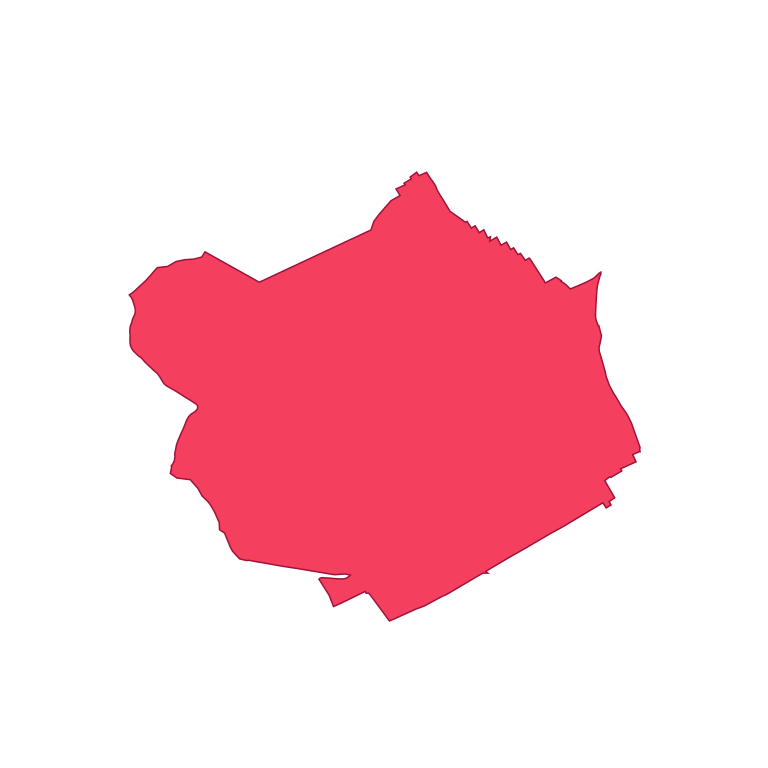 outline of Santo Tomás Hueyotlipan, Puebla, Mexico, rotated 41°
{"feature_id": "50627088B52842348137606", "entity_name": "Santo Tomás Hueyotlipan", "entity_type": "district", "adm_level": 2, "iso_a3": "MEX", "parent_name": "Mexico", "parent_adm1": "Puebla", "projection": "orthographic", "projection_center": [-97.866, 18.889], "detail": "fine", "context": "isolated", "style": "filled", "palette": "rose", "viewbox_px": 768, "rotation_deg": 41, "n_neighbors": 0, "source": "geoboundaries", "source_scale": "gbopen_adm2", "svg_char_len": 3506}
<svg xmlns="http://www.w3.org/2000/svg" viewBox="0 0 768 768"><g transform="rotate(41 384 384)"><path d="M474.2,157.3L473.7,159.1L472.9,166.5L470.2,173.6L466.4,181.7L462.2,190.1L461.2,190.0L456.6,189.7L452.9,189.9L450.2,190.5L450.1,189.7L443.7,190.5L439.5,201.7L438.9,201.9L437.2,201.1L411.6,193.6L410.7,194.0L409.6,198.0L401.3,195.9L400.1,198.5L392.5,196.2L391.4,199.4L383.4,196.5L382.6,198.7L381.3,202.5L372.7,199.2L371.4,203.2L370.1,206.8L369.8,206.4L369.7,206.2L367.8,203.0L366.4,205.7L358.4,202.2L358.1,202.1L356.6,207.3L349.0,204.8L347.6,209.0L340.0,206.8L339.3,208.5L338.8,208.5L338.2,208.6L321.1,210.3L320.8,210.4L315.8,208.8L308.7,206.5L300.8,204.1L296.7,202.7L292.9,200.6L288.8,199.4L283.1,198.1L281.1,197.5L277.3,196.3L273.8,203.8L269.7,202.8L268.0,210.7L270.0,211.2L267.4,219.3L269.3,219.8L265.1,228.9L272.5,231.2L269.0,241.1L269.0,259.7L269.7,268.1L273.1,276.3L258.0,310.3L223.1,389.0L162.2,401.7L163.2,407.7L158.6,414.4L152.0,421.0L146.7,428.0L143.5,437.3L136.6,444.8L136.4,448.7L136.5,453.8L136.4,461.9L135.5,469.8L134.9,475.7L134.4,479.8L133.3,483.9L136.6,484.5L139.5,485.7L142.4,487.6L145.2,489.3L147.5,491.0L148.7,492.4L150.1,494.6L150.9,497.5L151.8,500.2L153.2,503.0L154.4,506.4L156.0,509.0L157.9,511.4L160.2,513.6L163.4,517.5L165.6,519.8L167.3,521.2L169.5,522.4L172.4,523.4L176.7,523.7L179.8,523.9L183.7,523.5L188.6,524.2L194.0,524.5L201.0,524.8L206.3,524.8L209.6,525.6L213.7,526.9L217.5,528.1L220.9,528.1L224.9,527.3L231.0,526.1L242.4,524.4L249.7,523.2L255.5,522.4L257.6,522.7L259.4,524.7L259.6,527.0L259.4,529.1L258.7,531.4L258.1,533.5L258.0,536.8L258.7,540.6L260.1,544.5L262.1,550.3L263.3,554.6L265.4,561.1L267.1,565.7L268.9,568.8L269.1,569.2L270.4,571.3L271.2,573.0L272.6,574.8L274.1,576.1L275.1,578.0L276.1,579.5L277.0,582.7L277.2,585.5L278.4,586.3L281.4,591.7L289.5,590.8L293.3,588.2L299.3,584.2L300.4,583.3L312.2,584.9L320.0,587.8L329.1,588.4L333.0,589.3L338.3,591.1L342.6,592.9L347.3,595.2L350.3,596.5L355.5,601.9L361.5,601.1L375.3,608.1L379.5,609.6L387.6,610.5L389.8,610.7L395.9,607.5L397.8,605.6L405.2,601.3L412.2,597.0L419.9,592.4L428.5,587.2L439.0,580.5L471.8,560.4L479.3,552.9L481.5,551.6L484.0,550.3L483.9,550.8L483.6,552.5L483.4,554.0L482.8,555.6L481.3,557.6L477.5,560.9L473.9,563.6L469.6,566.7L466.0,569.6L464.3,570.8L463.3,572.2L463.0,572.9L463.0,574.0L481.1,579.4L491.9,585.1L495.9,576.4L505.6,553.5L505.9,552.9L507.0,553.3L507.3,553.5L507.5,553.5L508.0,553.4L508.3,553.1L508.6,552.8L509.6,552.1L510.3,552.0L511.3,552.1L518.7,553.7L530.8,556.4L543.6,559.3L549.3,547.0L553.3,538.3L555.8,532.8L557.6,529.6L560.0,525.2L560.2,524.7L560.5,524.0L567.0,506.6L568.5,503.5L569.4,501.5L571.6,495.0L580.6,467.9L581.7,464.9L582.6,462.0L585.4,459.5L586.4,458.6L585.4,458.7L583.7,458.6L584.2,457.1L588.9,442.8L593.7,428.6L597.7,417.4L600.7,408.5L603.9,399.0L607.6,388.0L611.8,376.7L613.8,370.8L621.4,347.5L627.1,330.1L633.0,331.8L634.7,326.3L631.0,325.0L632.8,318.5L614.0,312.1L615.2,306.0L616.5,305.6L620.5,293.6L618.2,292.7L625.3,277.4L621.8,275.8L617.9,274.2L621.0,267.8L621.7,267.1L620.0,265.7L618.9,263.9L596.1,251.0L593.5,250.0L588.2,247.7L583.0,246.3L577.6,245.0L572.7,243.3L568.2,241.8L563.5,240.4L559.4,238.9L555.1,237.2L550.5,234.7L546.5,232.4L542.9,229.6L538.9,227.0L534.5,224.1L531.0,221.8L530.1,221.2L525.0,218.1L522.3,215.3L520.1,211.1L516.5,204.9L507.8,199.0L506.9,199.3L503.9,197.5L502.4,196.8L501.2,195.8L499.6,194.5L496.9,191.4L490.3,183.0L483.2,173.7L480.2,169.1L476.3,161.2L475.6,158.7L474.2,157.3Z" fill="#f43f5e" stroke="#9f1239" stroke-width="1.5"/></g></svg>